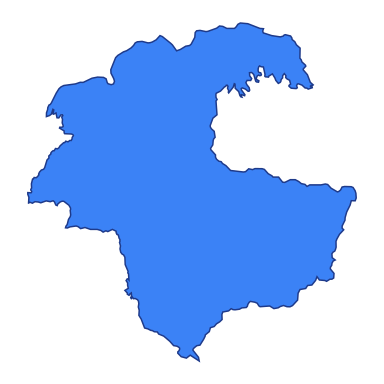 the district of Mphaki, Quthing, Lesotho
{"feature_id": "5366337B73026559585968", "entity_name": "Mphaki", "entity_type": "district", "adm_level": 2, "iso_a3": "LSO", "parent_name": "Lesotho", "parent_adm1": "Quthing", "projection": "natural_earth1", "projection_center": [28.183, -30.161], "detail": "fine", "context": "isolated", "style": "filled", "palette": "blue", "viewbox_px": 384, "rotation_deg": 0, "n_neighbors": 0, "source": "geoboundaries", "source_scale": "gbopen_adm2", "svg_char_len": 5830}
<svg xmlns="http://www.w3.org/2000/svg" viewBox="0 0 384 384"><path d="M199.2,361.0L198.5,357.3L193.0,350.3L193.0,349.3L194.2,347.8L196.8,345.7L200.0,345.1L203.5,339.5L205.1,336.3L205.3,334.9L209.3,331.6L210.4,327.7L214.2,326.5L216.5,323.8L219.6,321.9L222.1,319.5L221.9,314.5L222.8,312.0L228.6,310.9L231.2,308.7L232.9,309.6L235.0,309.8L239.5,309.2L241.8,307.9L246.3,307.5L247.4,306.2L247.8,304.5L249.1,302.4L250.4,301.4L254.8,302.2L257.2,303.2L258.9,305.9L260.1,306.7L269.7,306.0L273.9,308.6L278.2,307.8L280.3,306.5L283.5,305.5L287.0,306.7L290.0,306.8L292.5,305.6L297.6,300.1L298.1,293.2L300.0,289.5L305.7,288.5L307.6,285.5L311.9,285.0L315.6,280.4L317.0,276.7L319.4,280.0L324.9,280.5L326.6,281.3L330.0,279.2L331.9,279.2L333.7,278.0L334.0,273.4L330.3,268.9L330.5,267.1L331.7,265.4L332.0,263.2L333.2,261.0L335.2,260.0L332.2,257.7L331.9,253.7L333.2,252.0L334.7,251.2L335.5,249.4L336.1,247.2L336.0,241.3L336.9,239.0L339.5,234.3L343.7,229.8L342.1,228.1L342.2,225.9L345.0,220.2L345.1,217.7L346.7,212.0L350.1,205.1L351.3,200.7L355.2,200.8L356.2,198.0L355.9,193.3L355.1,190.7L353.1,187.5L351.2,186.7L344.7,186.5L342.1,187.0L340.5,190.1L338.7,191.5L337.4,191.9L331.1,188.2L327.7,184.5L325.3,184.0L320.9,184.9L309.8,184.9L307.0,186.4L305.0,184.4L301.3,183.6L298.7,181.5L295.3,179.7L290.3,179.7L284.8,182.4L282.6,182.2L278.6,177.1L273.1,177.1L271.9,175.8L268.2,173.7L264.4,169.4L262.1,168.7L255.0,168.6L252.6,169.6L248.7,168.8L245.5,171.7L243.4,172.0L230.6,170.5L225.9,165.6L222.5,163.5L221.2,161.7L218.9,161.2L216.6,159.3L215.5,157.2L215.5,154.9L210.8,149.6L210.6,148.3L212.8,144.9L213.2,140.4L213.8,138.7L215.1,137.3L214.2,131.3L211.3,128.7L210.3,126.9L210.2,125.6L212.9,118.2L217.0,114.8L216.0,101.0L217.1,99.5L216.0,97.4L215.9,94.3L216.3,93.2L220.5,91.1L224.6,86.8L225.7,86.4L226.2,85.3L227.2,85.2L228.0,86.3L227.5,88.2L228.7,90.8L228.3,92.2L228.7,92.9L233.2,87.2L234.3,83.7L235.0,84.1L235.2,88.3L238.7,91.6L239.9,95.5L240.8,96.8L241.9,97.1L240.9,95.1L241.4,94.6L244.6,95.7L244.9,94.7L241.5,90.0L241.2,88.6L242.3,87.9L245.4,89.1L248.1,91.3L249.1,91.2L249.7,90.1L249.1,87.6L246.8,84.6L245.9,82.5L247.1,80.4L250.7,80.5L251.7,78.6L249.7,75.8L249.5,72.7L251.6,72.5L252.7,73.4L253.8,74.7L255.7,81.2L256.4,81.9L258.5,82.2L258.9,80.8L256.7,79.5L256.2,78.3L257.3,75.9L258.6,75.1L259.8,75.7L261.0,75.4L261.4,74.6L260.7,72.8L259.2,72.5L258.5,71.9L258.1,70.7L258.2,68.6L258.8,66.7L259.6,65.9L261.0,66.7L263.4,67.0L265.0,74.3L264.8,76.2L265.4,76.8L268.5,77.1L268.7,76.2L272.4,73.9L274.9,78.0L275.8,80.4L278.3,83.4L280.2,82.4L280.8,81.5L281.2,79.5L282.6,77.9L282.7,75.6L284.3,73.6L285.9,75.6L285.7,77.6L287.0,78.9L289.6,80.3L290.6,84.1L289.0,85.4L289.0,86.3L291.2,88.2L296.2,88.6L297.3,87.8L296.6,85.6L297.4,84.0L298.5,83.8L302.0,85.1L305.1,88.0L306.8,88.1L308.2,89.1L312.3,87.7L312.2,87.0L310.9,86.8L310.4,86.1L311.1,85.4L312.6,85.4L313.2,84.9L310.3,82.3L307.4,74.7L303.2,69.8L303.3,68.9L305.8,66.2L305.5,65.2L301.9,61.9L301.2,59.8L299.9,58.2L300.1,48.1L296.4,44.8L294.8,41.7L292.1,39.5L291.9,38.0L290.6,36.0L285.4,34.7L284.2,35.0L283.2,36.1L280.3,36.9L271.7,35.6L263.3,32.9L262.7,31.1L263.5,28.7L259.9,28.4L247.8,23.7L240.3,23.0L237.9,24.3L236.2,26.8L234.5,28.4L226.8,28.4L222.8,26.4L219.5,26.0L216.6,28.2L208.0,31.3L206.0,31.6L200.0,30.4L196.6,30.8L195.2,32.5L194.8,37.3L191.2,44.1L189.6,45.5L185.7,46.2L180.3,49.5L176.6,50.8L172.4,44.9L170.7,43.3L162.4,36.6L160.0,35.6L156.2,39.8L152.3,42.0L150.0,42.7L148.0,42.9L142.1,41.4L137.3,41.8L135.2,42.9L133.6,45.4L131.1,47.9L126.7,50.7L123.4,51.9L120.4,53.8L117.8,55.4L115.6,57.7L110.8,69.7L111.0,73.2L113.7,78.6L114.5,81.3L113.5,83.9L111.2,84.7L108.0,83.7L107.2,82.5L106.1,78.8L103.5,77.4L97.6,77.1L92.0,78.2L83.2,82.4L80.2,82.3L75.5,83.9L63.8,85.5L61.0,86.9L59.0,88.7L56.3,93.0L51.3,103.0L50.2,104.5L49.0,105.0L47.8,107.6L47.6,109.6L46.5,112.8L46.4,116.6L49.6,115.5L51.4,114.1L52.9,109.3L53.8,109.9L53.0,113.9L53.6,114.2L56.0,113.0L57.0,117.8L58.8,117.9L60.9,114.9L62.4,114.8L62.8,115.7L61.7,117.0L62.5,119.3L62.2,122.9L63.1,125.4L63.1,126.6L62.0,127.2L59.8,127.2L59.5,128.1L64.1,130.9L64.2,133.0L64.7,133.7L71.4,134.0L72.9,134.6L73.4,135.6L72.2,137.4L72.0,139.1L71.2,140.5L70.0,140.4L68.0,141.8L65.7,141.2L64.7,142.6L63.6,142.7L60.1,145.8L58.9,147.8L57.5,148.8L55.5,148.5L54.2,150.7L53.1,150.7L51.6,151.9L50.8,153.1L50.9,153.9L48.8,156.0L48.9,158.0L47.0,160.0L44.7,167.6L43.6,169.3L41.4,170.0L39.5,172.1L38.6,174.1L38.9,174.8L37.5,176.6L36.2,177.7L34.1,177.5L33.4,178.9L32.6,179.0L31.4,183.8L31.6,188.0L30.8,189.4L30.8,190.1L31.7,191.3L31.5,192.3L31.1,192.8L27.8,192.6L27.8,194.3L28.9,197.4L28.5,203.7L28.9,202.7L29.8,202.2L32.4,203.2L34.9,201.7L38.3,202.0L40.8,202.8L46.2,200.9L50.2,201.7L53.1,200.8L54.4,201.8L55.8,205.0L57.2,205.6L57.8,204.0L60.3,201.9L62.2,201.2L63.8,201.3L68.9,205.2L70.5,208.0L70.6,209.3L70.2,210.4L70.7,214.9L70.3,216.5L68.5,219.4L67.2,224.5L66.0,226.1L65.5,227.8L67.4,228.0L69.9,226.9L76.2,226.0L78.2,226.7L80.6,228.6L85.0,227.5L90.5,229.4L97.2,229.4L100.8,230.4L103.1,232.1L105.9,230.8L107.8,231.6L112.4,229.4L116.1,231.2L116.2,233.0L116.7,233.3L116.9,234.4L118.3,235.0L119.1,238.2L119.9,239.5L119.9,241.7L119.5,242.3L120.5,245.9L120.0,248.9L120.7,252.2L122.0,254.0L123.6,254.9L124.9,257.3L125.2,264.6L128.1,271.4L127.8,272.9L128.5,273.8L128.9,279.9L128.1,278.9L127.2,278.9L126.1,280.6L127.6,282.9L127.6,285.3L128.3,288.3L124.9,290.4L127.3,293.0L127.3,294.2L129.0,295.3L129.7,294.8L129.8,294.0L131.3,292.9L131.6,296.0L130.7,297.7L131.3,298.6L132.5,297.3L133.4,298.7L135.2,298.5L137.5,299.7L138.4,301.0L138.8,303.6L138.3,307.0L139.2,310.2L138.9,315.4L141.2,319.1L144.6,328.0L147.9,328.9L150.8,330.4L152.4,330.6L154.2,331.7L157.4,332.0L158.6,334.0L163.7,336.1L169.7,341.2L173.6,345.6L177.0,346.2L178.7,347.2L179.5,347.9L179.7,349.0L179.1,350.6L177.8,351.9L177.8,353.2L181.2,356.7L186.4,358.1L190.2,355.2L199.2,361.0Z" fill="#3b82f6" stroke="#1e3a8a" stroke-width="1.5"/></svg>